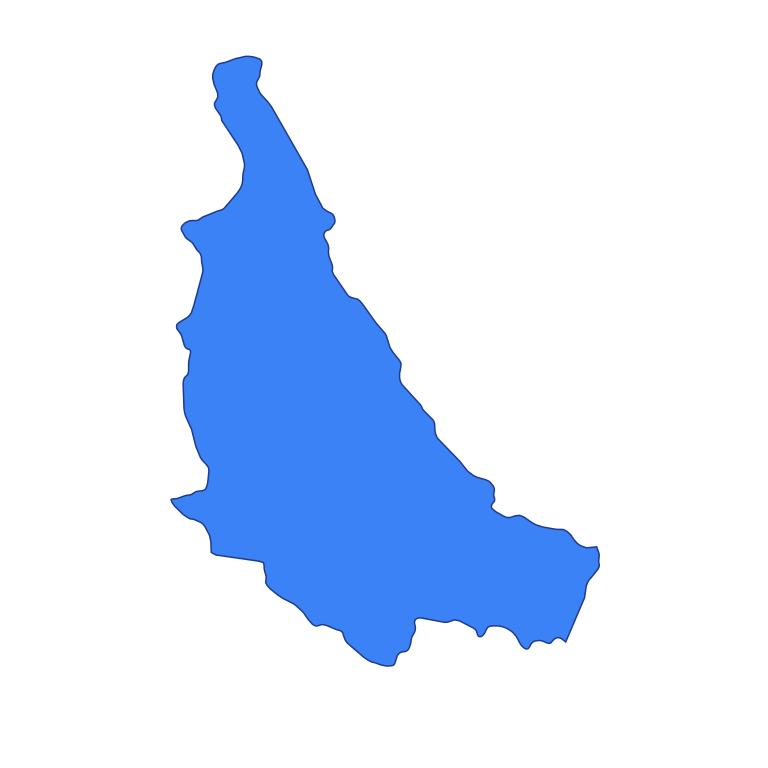 an SVG outline of Phrae, rotated 109°
{"feature_id": "THA-395", "entity_name": "Phrae", "entity_type": "Province", "adm_level": 1, "iso_a3": "THA", "parent_name": "Thailand", "parent_adm1": "", "projection": "albers", "projection_center": [100.043, 18.254], "detail": "fine", "context": "isolated", "style": "filled", "palette": "blue", "viewbox_px": 768, "rotation_deg": 109, "n_neighbors": 0, "source": "natural_earth", "source_scale": "10m", "svg_char_len": 4959}
<svg xmlns="http://www.w3.org/2000/svg" viewBox="0 0 768 768"><g transform="rotate(109 384 384)"><path d="M568.7,128.2L567.0,133.2L566.8,134.9L567.2,137.3L569.4,139.8L571.3,140.7L574.6,142.0L575.5,143.5L575.7,145.8L575.4,150.3L575.9,153.7L578.0,157.8L579.7,159.4L581.8,160.3L585.4,160.9L587.1,161.4L588.1,162.7L588.3,164.7L586.8,168.5L584.1,172.0L583.0,173.0L580.1,176.1L578.4,178.7L576.9,181.4L575.9,184.4L575.1,188.1L574.9,190.2L574.9,193.1L575.5,197.0L577.2,202.3L578.6,204.9L580.0,206.6L581.6,207.1L586.9,207.8L588.6,208.3L590.1,209.1L591.2,209.9L591.8,211.2L591.7,212.6L590.4,214.1L587.7,216.0L586.7,217.1L586.1,218.5L585.6,220.2L583.4,235.3L583.6,237.6L584.1,240.6L588.3,246.1L589.0,247.5L589.6,249.1L593.2,273.3L593.7,274.6L594.5,275.9L595.4,277.0L596.7,277.6L598.3,277.8L599.7,277.5L603.7,275.2L605.3,274.6L606.9,274.3L608.7,274.3L613.9,275.2L615.7,275.2L620.9,274.3L624.5,274.2L626.3,274.4L627.9,274.9L629.1,275.8L630.1,276.9L630.7,278.3L632.1,280.6L632.8,281.2L633.6,281.8L634.6,282.4L635.5,282.7L636.7,283.0L644.0,282.8L645.8,283.0L647.0,283.8L647.9,285.0L649.7,289.4L650.2,291.9L650.6,295.1L650.5,301.5L650.9,304.9L650.3,309.2L648.9,314.3L640.8,334.5L639.7,336.1L638.8,337.2L635.3,340.2L633.2,341.6L632.6,342.1L631.9,343.4L631.4,345.0L631.7,348.8L631.0,359.0L631.2,362.1L631.6,364.3L634.3,368.1L634.9,369.4L635.0,371.4L634.3,373.8L630.9,379.6L626.6,385.4L625.4,387.7L621.7,396.3L621.1,398.8L619.7,409.2L618.3,415.1L614.6,425.2L612.4,428.9L610.4,431.2L605.3,432.4L603.9,433.0L600.3,435.6L597.7,437.1L594.7,438.3L593.3,439.0L592.1,440.0L592.3,444.9L600.4,487.2L599.5,492.5L589.6,496.3L584.5,499.3L583.8,499.8L576.8,507.2L575.3,509.8L574.5,512.2L573.9,519.9L574.2,521.6L574.6,523.1L574.1,526.5L572.8,531.3L567.6,542.3L564.7,546.2L562.5,547.7L561.5,546.5L560.2,543.5L559.5,542.2L554.0,535.2L551.9,531.2L551.0,530.0L547.6,527.3L546.6,526.1L545.8,524.8L544.5,521.8L543.7,520.5L542.8,519.5L541.6,518.6L538.8,518.3L534.9,518.5L523.3,521.2L520.8,522.3L519.7,523.3L517.9,525.9L515.1,531.3L513.1,533.8L504.1,541.7L489.5,551.2L479.0,561.1L476.1,563.1L472.6,565.0L449.8,573.8L446.4,574.7L444.5,574.8L442.9,574.6L441.4,574.0L440.2,573.2L438.3,572.7L435.7,572.9L428.0,575.5L425.6,576.1L417.0,577.2L415.2,578.1L414.6,579.6L414.9,581.2L414.3,583.3L412.2,585.6L404.3,591.0L402.5,593.1L399.1,597.9L397.1,598.9L395.2,599.2L392.5,597.8L385.7,592.1L383.1,590.4L379.5,589.3L371.5,589.4L338.2,591.7L336.0,592.1L333.7,592.9L328.2,596.0L323.0,598.2L321.4,599.4L320.2,600.6L318.1,604.6L313.4,610.4L312.6,611.8L310.6,618.2L309.9,619.5L304.9,625.1L303.7,626.1L302.0,626.5L300.1,626.4L296.9,624.8L295.3,623.5L293.9,622.1L293.1,620.9L292.3,619.5L291.7,618.1L290.7,615.0L290.0,613.6L288.9,612.6L285.3,609.9L274.7,597.7L272.1,594.1L271.0,593.1L269.8,592.3L251.6,585.1L246.6,583.7L243.0,583.2L240.8,583.3L238.3,583.7L232.0,585.5L227.8,586.2L226.1,586.3L224.4,586.6L222.8,587.0L221.1,587.7L212.0,593.3L205.8,599.7L187.8,623.1L183.9,625.3L177.8,633.4L175.6,635.0L173.6,635.7L168.4,634.7L166.6,634.7L165.1,635.2L163.6,635.8L162.4,636.6L155.6,642.5L150.5,645.6L147.4,646.6L143.4,646.9L139.8,646.6L138.1,646.1L136.6,645.5L135.3,644.6L134.4,643.5L131.3,638.4L124.7,630.3L119.2,621.4L118.2,618.4L117.4,614.9L117.1,611.1L117.2,607.3L117.9,605.7L119.2,604.4L121.8,603.5L127.9,603.1L132.8,601.9L134.5,601.8L139.4,602.6L141.1,602.5L142.5,601.9L143.8,601.1L145.0,600.2L149.1,596.1L150.4,594.3L155.2,585.5L158.7,580.4L206.3,526.2L226.8,510.7L236.6,500.2L237.2,499.8L237.7,498.8L238.3,497.2L239.4,493.0L239.6,490.4L240.2,487.9L241.6,486.0L244.5,484.0L246.5,483.2L248.4,483.1L249.8,483.7L253.0,484.5L254.5,485.1L255.8,485.9L257.6,488.3L258.8,489.1L260.3,489.6L262.0,489.6L263.6,489.1L265.3,487.8L269.9,482.8L271.9,481.4L273.7,480.5L277.0,479.6L278.5,479.0L281.2,477.6L287.9,472.0L290.1,470.8L292.3,470.1L294.2,469.8L296.8,467.5L311.8,447.3L312.6,445.6L312.9,442.4L312.4,436.4L313.4,433.7L315.5,430.2L329.1,411.1L335.7,399.7L336.9,398.2L338.0,397.2L347.6,390.2L351.3,385.6L356.5,377.3L357.8,375.7L359.1,374.6L362.2,373.7L369.3,372.6L372.5,371.5L375.2,370.1L377.4,368.3L379.1,366.1L391.7,343.0L392.7,341.5L395.0,339.6L396.3,337.6L402.2,325.7L403.2,324.6L404.4,323.8L405.6,323.0L411.6,320.6L414.2,319.1L416.5,317.2L418.1,315.4L432.5,287.0L439.2,276.5L441.3,270.0L441.7,267.8L441.9,264.9L441.4,256.6L441.7,253.6L442.6,251.2L444.9,247.5L446.8,245.8L448.7,245.0L452.2,244.4L453.8,243.9L456.2,242.2L457.6,241.6L459.0,241.5L461.8,242.5L463.3,242.8L464.9,242.6L466.2,241.9L467.3,239.7L468.5,236.1L469.9,228.7L470.3,224.8L469.2,221.3L466.0,217.1L464.9,215.0L464.1,212.9L464.1,210.5L464.5,207.4L466.9,199.0L467.7,194.6L467.5,187.2L465.5,174.6L464.7,171.8L464.2,170.3L463.2,167.1L463.4,165.0L463.9,162.7L465.9,158.3L466.4,157.5L468.8,154.6L471.2,150.5L471.9,149.0L472.9,145.6L473.0,139.1L468.7,129.9L474.6,125.3L476.0,124.7L482.1,123.2L485.1,121.5L486.8,121.1L489.7,121.5L499.1,124.9L502.0,126.2L505.2,126.9L509.2,127.0L520.8,124.8L568.7,128.2Z" fill="#3b82f6" stroke="#1e3a8a" stroke-width="1.5"/></g></svg>